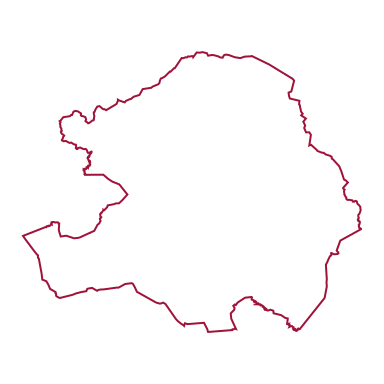 the district of Jaunpiebalgas pag., Jaunpiebalgas, Latvia
{"feature_id": "27541924B32667886531157", "entity_name": "Jaunpiebalgas pag.", "entity_type": "district", "adm_level": 2, "iso_a3": "LVA", "parent_name": "Latvia", "parent_adm1": "Jaunpiebalgas", "projection": "albers", "projection_center": [26.006, 57.148], "detail": "fine", "context": "isolated", "style": "outline", "palette": "rose", "viewbox_px": 384, "rotation_deg": 0, "n_neighbors": 0, "source": "geoboundaries", "source_scale": "gbopen_adm2", "svg_char_len": 5836}
<svg xmlns="http://www.w3.org/2000/svg" viewBox="0 0 384 384"><path d="M193.0,56.2L191.9,56.1L189.6,56.6L188.0,56.4L187.0,57.4L185.4,57.3L183.4,58.2L181.7,58.0L174.8,68.2L174.1,68.2L170.4,71.8L169.8,71.6L165.1,76.3L162.2,78.1L160.8,78.5L159.8,80.9L159.4,83.1L158.2,84.3L152.8,86.5L151.2,87.8L142.7,89.1L139.4,95.0L133.7,96.7L130.9,99.0L129.7,99.2L125.9,100.9L124.7,102.4L119.2,100.5L117.9,99.7L117.9,100.8L116.5,104.0L106.1,110.2L104.6,109.2L103.1,109.2L99.5,106.1L97.3,106.6L95.6,109.2L94.5,112.0L93.8,112.3L93.8,113.9L94.4,116.2L94.0,117.5L93.9,119.8L93.3,120.4L92.5,120.4L89.5,122.8L88.1,123.3L87.6,122.6L85.5,121.3L85.5,120.7L86.0,119.9L86.1,119.5L85.4,117.2L83.5,116.3L81.5,116.0L80.8,115.2L81.1,113.5L77.8,111.3L75.2,110.9L73.5,111.7L72.0,115.0L71.1,115.0L69.9,116.2L63.3,117.2L60.5,120.6L59.7,121.1L60.6,122.0L60.5,122.6L59.8,123.5L60.3,124.8L60.3,125.6L60.5,125.9L60.3,126.9L61.4,128.6L61.4,130.0L61.8,130.8L61.6,131.2L60.9,131.6L60.9,131.9L61.2,132.2L61.4,133.4L64.2,135.5L63.9,136.1L63.0,137.1L62.8,138.6L61.9,139.9L61.9,140.4L63.8,141.3L65.8,140.9L69.4,142.9L71.3,142.6L74.0,144.4L75.9,144.7L76.2,146.9L75.9,147.3L75.8,148.1L76.7,149.0L77.6,148.9L78.1,148.0L80.2,147.5L83.0,148.9L84.5,149.2L85.2,148.9L86.1,149.2L87.1,150.6L87.4,152.0L88.0,152.9L88.7,152.9L91.5,151.6L91.6,151.8L91.4,152.8L89.2,155.4L89.5,155.9L89.2,156.1L89.0,156.9L88.1,156.8L87.5,158.0L88.3,159.2L88.3,159.7L88.9,160.3L89.0,161.1L89.9,161.0L90.1,162.1L89.3,162.0L89.5,162.4L89.8,164.0L90.2,164.4L89.9,165.3L89.7,165.2L89.6,165.5L89.1,165.6L88.7,166.4L88.1,165.8L87.5,166.6L87.7,167.6L86.9,167.0L86.5,167.1L86.4,167.5L86.3,168.8L85.4,169.4L84.9,169.1L84.8,169.6L84.5,169.7L83.6,169.2L83.6,170.4L84.2,170.8L84.4,171.6L84.7,171.9L84.5,172.4L84.9,173.2L84.6,173.3L84.5,174.0L85.2,174.1L85.1,174.8L103.3,174.7L108.3,179.0L112.3,181.6L119.3,184.4L127.4,194.5L122.3,200.2L119.0,203.3L115.9,203.4L113.8,204.2L107.7,205.4L107.1,207.3L104.2,210.2L103.5,209.8L103.6,210.4L102.9,210.9L101.4,213.1L101.1,212.9L100.1,214.1L100.4,216.3L101.3,217.2L100.7,218.0L99.9,218.5L99.9,219.2L100.6,220.9L99.3,223.1L99.3,223.4L97.5,224.8L94.3,230.8L80.1,237.3L78.5,237.8L74.1,238.3L66.2,235.7L60.7,236.5L59.3,232.0L58.8,229.9L59.2,223.5L58.5,223.5L58.3,222.8L57.9,222.4L56.3,222.3L55.2,222.6L54.4,222.1L52.2,222.0L51.7,222.2L51.8,222.7L51.4,223.0L51.8,223.3L51.8,223.7L51.5,223.8L51.6,224.2L51.3,224.0L50.7,225.1L49.9,225.6L49.1,225.7L49.2,226.0L48.3,226.2L48.4,225.9L48.2,225.8L47.2,226.4L46.7,226.3L46.2,227.2L45.7,227.0L23.0,235.9L25.9,240.0L34.0,250.8L37.3,254.9L38.0,255.3L37.9,256.1L38.0,257.8L38.8,258.5L41.6,273.5L42.3,279.6L46.3,281.2L48.2,284.4L50.1,288.9L55.6,292.1L55.5,293.2L56.0,293.5L56.1,295.8L57.4,296.9L59.8,298.0L72.6,294.8L75.8,293.5L81.5,292.0L86.3,291.2L87.2,289.0L88.0,288.6L92.1,287.9L97.1,290.8L98.4,289.9L100.9,289.5L103.7,289.4L116.7,287.6L118.6,287.6L125.1,284.0L131.6,283.2L132.9,283.8L135.0,287.6L136.9,291.8L156.0,302.5L159.7,303.6L161.3,303.4L163.0,302.6L165.4,303.9L175.9,319.0L177.9,321.2L181.9,324.3L183.2,324.9L184.1,325.9L184.9,323.3L187.7,324.1L204.0,322.8L207.3,329.2L208.0,331.9L209.1,331.9L232.0,330.1L232.0,329.7L232.4,329.3L233.6,329.4L234.8,328.6L236.0,329.0L231.3,318.8L230.7,313.4L234.1,309.9L234.6,308.1L233.3,305.8L234.8,304.5L235.8,305.1L237.6,302.6L245.0,297.7L251.5,297.0L252.0,297.4L251.7,298.3L251.7,299.6L253.6,300.2L253.7,301.0L254.3,302.2L254.9,302.0L254.7,301.2L255.3,301.1L255.5,301.2L255.5,301.8L256.4,302.1L256.5,302.4L256.4,304.0L255.9,304.3L258.0,304.4L257.7,303.6L258.3,303.3L259.6,304.5L260.5,304.4L260.7,304.6L260.4,305.2L260.5,305.4L261.4,305.0L262.3,305.6L262.6,306.7L263.4,306.3L263.7,306.6L263.5,307.0L264.0,307.9L264.7,307.9L264.5,308.8L265.4,308.8L264.8,309.5L264.9,309.8L265.5,309.8L265.7,309.3L266.5,309.4L266.8,309.8L266.7,310.2L267.9,310.6L270.5,309.7L273.3,310.7L273.6,313.3L281.1,315.1L285.2,317.9L287.8,318.5L287.1,323.9L288.8,323.7L288.4,324.3L288.4,324.6L289.6,324.9L289.4,325.6L289.6,325.8L289.7,326.2L289.4,326.9L290.3,326.5L290.0,326.2L292.0,326.1L292.7,327.0L293.6,327.2L293.8,328.4L293.1,328.8L293.4,329.5L294.0,330.1L294.6,330.1L294.9,330.1L295.0,329.3L295.4,329.1L295.7,329.8L296.4,330.1L296.3,330.9L296.6,330.9L296.7,330.5L297.7,330.0L297.7,329.1L298.3,328.5L299.7,329.2L324.6,298.0L326.8,286.5L326.5,282.4L326.8,279.2L325.9,264.7L327.5,261.7L327.7,260.9L329.9,256.3L331.2,255.4L331.2,253.1L331.6,253.0L333.4,254.1L334.4,254.3L337.4,254.0L338.4,253.5L338.3,252.3L337.7,252.0L336.7,250.5L340.3,240.6L361.0,229.2L360.9,228.7L360.7,228.5L359.4,228.0L359.5,227.7L359.2,227.5L358.8,226.3L358.8,225.2L359.1,225.2L359.2,224.4L359.6,223.9L359.6,223.1L359.9,222.6L359.8,222.1L359.5,221.9L359.6,221.4L358.9,221.1L358.8,220.6L358.2,220.6L358.2,220.2L357.8,219.8L358.1,218.9L358.7,218.3L358.7,217.4L358.3,216.7L358.3,214.9L359.5,213.6L360.6,210.5L360.6,209.4L360.3,208.2L360.4,207.1L359.2,205.3L357.9,204.3L357.1,203.0L356.8,201.4L355.6,200.9L354.8,201.1L354.2,201.7L352.8,201.6L352.4,200.4L349.8,199.9L347.4,199.9L346.3,198.8L346.2,198.0L346.3,197.4L345.4,196.6L345.0,195.4L344.3,194.5L344.5,193.9L344.1,192.3L344.0,191.1L344.6,189.6L343.4,188.8L343.1,187.9L347.9,182.5L345.9,180.5L344.0,179.5L341.4,171.5L339.2,166.2L332.9,159.3L331.8,158.6L331.7,156.9L330.1,155.8L325.6,154.4L323.7,152.8L322.0,152.7L317.5,151.0L316.8,150.0L311.1,144.8L309.3,145.5L310.9,134.8L309.3,132.3L306.0,132.3L304.2,128.0L305.2,125.5L303.3,121.7L305.9,118.5L301.2,115.4L302.7,113.8L301.0,111.5L300.6,109.2L300.0,106.9L299.9,105.3L299.1,104.5L299.4,100.8L289.9,98.5L289.2,96.6L288.8,94.6L288.6,92.6L291.3,91.5L294.1,80.7L292.6,78.8L269.2,64.5L251.8,56.0L251.2,56.3L244.8,56.6L240.3,58.1L234.7,57.2L229.0,55.1L226.3,54.6L224.3,55.0L223.5,56.0L222.6,57.7L219.7,57.3L218.7,56.5L214.0,55.2L211.9,55.0L208.1,55.7L206.9,53.2L202.2,52.1L200.0,52.7L196.7,52.5L193.2,57.1L193.0,56.2Z" fill="none" stroke="#9f1239" stroke-width="2"/></svg>